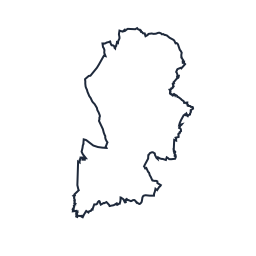 the district of Córdoba, Veracruz, Mexico, rotated 18°
{"feature_id": "50627088B91123516565353", "entity_name": "Córdoba", "entity_type": "district", "adm_level": 2, "iso_a3": "MEX", "parent_name": "Mexico", "parent_adm1": "Veracruz", "projection": "equal_earth", "projection_center": [-96.934, 18.924], "detail": "fine", "context": "isolated", "style": "outline", "palette": "slate", "viewbox_px": 256, "rotation_deg": 18, "n_neighbors": 0, "source": "geoboundaries", "source_scale": "gbopen_adm2", "svg_char_len": 5781}
<svg xmlns="http://www.w3.org/2000/svg" viewBox="0 0 256 256"><g transform="rotate(18 128 128)"><path d="M183.9,89.5L183.6,88.8L183.0,88.1L181.1,88.5L180.7,88.0L180.3,87.9L179.0,88.3L178.1,87.6L177.7,88.1L176.7,86.6L176.6,86.0L176.3,86.1L176.3,85.9L176.0,86.1L175.9,85.7L173.7,86.8L172.8,85.4L171.1,84.8L170.4,84.7L169.5,84.1L166.9,83.2L165.7,82.9L165.4,83.1L164.6,82.2L164.2,82.1L163.1,81.9L162.9,82.6L162.2,81.8L161.2,81.4L160.7,82.0L161.4,82.5L160.7,83.2L160.1,82.7L159.9,83.1L158.3,82.2L157.9,82.6L157.2,82.1L156.9,80.9L157.2,80.9L157.1,80.0L155.7,78.7L156.9,78.0L156.8,77.6L156.9,76.9L157.7,76.6L157.8,76.1L158.0,76.1L158.5,74.4L157.9,74.2L157.9,73.0L157.7,72.7L157.4,72.9L156.9,72.2L157.9,71.1L157.2,70.4L157.7,69.4L158.3,68.1L158.6,67.1L159.6,65.3L158.8,64.3L158.8,64.0L160.3,64.5L160.4,64.2L160.2,62.7L159.3,63.1L157.4,60.5L157.0,60.1L156.5,59.8L156.6,58.7L156.6,58.2L156.7,57.8L156.7,57.1L157.0,56.6L159.6,54.4L160.3,54.8L162.5,49.8L162.4,49.7L162.1,50.0L162.4,49.5L162.0,49.3L161.9,49.6L161.7,49.5L161.7,49.2L161.0,48.5L160.9,48.0L159.9,48.9L159.3,47.5L159.4,47.2L159.5,47.3L159.9,47.0L159.6,46.5L157.8,45.1L157.2,44.2L156.9,44.3L156.1,41.9L155.8,39.8L154.2,38.3L153.1,37.6L149.7,33.1L149.2,32.7L148.0,32.2L147.1,32.8L144.9,30.5L143.5,30.0L139.6,29.3L136.4,28.0L134.4,28.0L134.0,28.2L132.5,27.8L131.3,28.4L130.1,27.8L128.5,27.7L127.4,28.1L125.4,29.7L123.2,30.6L121.3,30.8L118.4,32.2L117.9,33.6L116.3,35.3L115.4,34.1L115.4,33.6L114.9,33.4L114.6,32.9L112.9,33.3L111.8,32.4L110.7,32.6L110.3,32.0L110.2,31.4L109.3,31.5L109.0,30.9L107.7,31.1L106.7,30.8L105.8,30.2L104.4,31.8L97.1,33.8L96.2,34.9L95.2,36.5L94.5,37.0L94.2,36.1L93.0,38.0L89.8,38.0L90.4,41.7L91.8,44.2L92.2,45.6L91.8,48.4L92.2,50.2L91.0,49.9L91.2,50.7L91.2,51.8L91.3,52.2L91.2,52.6L91.3,53.2L91.4,53.6L91.1,53.9L91.0,55.3L91.2,56.3L90.4,55.9L90.0,54.9L89.6,54.5L88.6,54.1L87.7,54.1L87.3,54.4L86.4,54.1L84.7,52.1L84.6,51.6L84.2,51.2L83.3,52.1L81.2,53.4L80.3,54.5L79.3,55.1L79.2,55.0L77.6,55.5L79.2,58.7L80.4,59.7L81.5,61.2L82.2,63.9L84.4,66.6L82.7,66.7L80.7,76.7L79.8,80.4L76.1,89.9L74.6,90.6L72.1,94.7L72.2,95.3L72.9,96.6L73.7,99.1L74.9,101.7L75.6,102.7L77.2,104.4L78.2,106.0L81.4,109.7L83.2,111.0L85.4,113.4L86.5,114.3L88.9,115.6L92.2,118.5L93.3,120.4L95.3,122.3L97.3,124.8L97.7,125.8L97.6,127.1L98.1,128.4L98.2,130.2L104.5,136.9L106.3,139.8L108.0,141.9L108.7,142.5L109.1,143.3L109.3,144.2L110.3,145.7L111.8,147.2L112.9,148.0L112.7,150.0L112.8,150.2L112.5,152.7L113.3,153.1L113.7,153.6L109.7,154.6L105.3,155.4L100.4,155.4L92.2,152.5L91.5,152.4L89.4,152.5L90.4,156.8L90.6,156.9L90.4,158.4L90.9,161.2L91.2,164.9L93.2,167.0L97.4,169.8L96.2,170.2L96.6,171.3L96.3,171.4L96.4,171.6L94.7,172.1L94.7,171.6L94.5,171.4L94.1,170.3L93.8,170.4L93.7,170.2L92.2,170.7L92.5,171.2L92.0,171.7L92.3,172.1L92.2,172.6L92.3,172.8L91.9,173.5L92.3,174.0L92.2,174.7L92.6,175.7L90.9,175.3L97.5,198.0L99.8,201.8L100.4,202.4L97.7,207.4L97.9,207.8L97.6,208.3L97.9,208.2L98.3,208.6L97.8,209.2L98.0,209.2L98.2,210.9L98.6,211.2L98.6,211.8L99.6,212.8L99.3,213.6L99.6,214.1L100.0,214.1L100.2,216.0L100.8,215.9L101.0,216.0L100.6,216.3L100.8,217.0L101.3,216.8L101.4,217.0L100.9,217.2L100.9,218.2L100.5,218.6L100.6,218.9L101.1,219.2L101.2,219.7L101.0,220.3L101.3,221.5L100.8,221.7L101.1,222.2L101.4,222.5L100.7,222.8L101.2,223.6L101.3,224.3L104.4,222.8L104.6,223.5L105.5,223.2L105.2,224.3L105.2,224.7L105.7,224.3L105.9,223.6L106.1,223.8L105.7,225.5L106.0,225.6L106.2,225.9L105.8,226.4L106.1,228.2L107.2,228.3L107.2,227.0L109.6,226.5L111.2,225.8L111.3,226.7L112.5,226.9L112.9,223.9L113.4,221.8L113.6,221.6L113.6,220.7L113.9,219.8L116.5,220.6L116.8,219.2L118.3,218.3L118.6,216.6L119.5,216.6L119.4,215.2L119.5,211.1L121.2,210.6L122.1,209.6L122.2,207.9L122.8,206.6L123.4,206.4L123.9,206.8L124.6,208.0L125.8,209.3L128.0,206.9L128.7,206.8L130.4,205.1L133.7,206.9L134.6,207.9L136.1,207.1L136.4,207.3L136.2,207.0L138.3,205.8L140.6,203.1L141.3,203.8L141.4,203.7L141.0,204.4L141.5,204.4L142.1,203.8L143.0,202.6L143.5,202.5L143.3,199.5L142.4,196.4L143.2,196.4L143.9,196.9L144.5,196.8L145.8,197.3L147.7,199.4L148.2,199.7L148.8,199.2L148.3,198.3L148.4,197.8L148.0,197.4L148.0,196.8L148.7,195.9L149.7,196.6L150.3,196.6L150.6,196.4L153.3,196.7L153.8,196.4L155.1,195.0L156.1,194.6L156.6,194.6L157.1,194.8L159.1,196.2L159.2,195.9L159.7,196.2L161.7,196.7L162.4,196.7L162.8,196.4L163.3,195.6L163.8,194.2L163.7,192.9L163.2,189.6L163.4,188.2L164.1,187.3L165.5,186.5L169.3,185.7L173.6,184.3L173.1,182.4L173.2,180.1L172.9,177.3L174.9,178.1L175.9,174.3L176.6,173.5L176.9,172.2L173.0,171.3L172.4,169.7L171.8,169.6L171.0,169.6L169.2,170.2L167.9,170.2L167.5,170.4L167.2,170.2L164.9,167.6L163.3,166.2L161.8,164.0L160.7,163.5L157.8,160.4L157.2,161.1L156.8,161.2L156.0,160.2L155.1,159.5L155.3,158.8L155.3,158.1L156.6,150.9L155.7,147.5L156.0,147.3L156.3,146.0L156.7,145.0L158.1,143.8L159.1,143.4L161.3,143.9L162.0,145.3L164.4,147.7L165.6,148.2L165.3,147.7L165.5,146.6L167.7,147.1L169.7,147.0L170.5,146.7L173.9,146.7L173.9,143.9L175.2,144.2L176.8,144.9L178.6,144.4L182.3,142.7L182.4,140.7L181.2,140.2L181.8,139.5L181.7,139.1L181.4,138.9L181.0,139.1L179.5,137.0L180.3,137.0L180.4,136.8L180.3,136.1L179.8,135.8L179.3,136.4L179.1,135.7L178.7,135.1L178.4,135.0L178.4,134.7L177.8,134.0L178.0,133.7L175.6,125.0L177.7,125.1L177.0,123.3L176.3,122.5L178.9,120.9L178.5,119.7L177.9,118.8L177.8,117.9L178.7,117.2L178.8,116.5L178.4,116.1L179.4,114.6L178.6,112.8L177.4,112.1L176.6,112.1L176.6,111.1L176.9,110.6L177.2,109.2L177.8,108.6L178.1,107.8L175.8,109.4L175.7,107.2L176.0,104.1L177.0,98.7L177.8,98.0L178.3,98.0L178.1,97.4L178.9,97.1L179.1,96.9L178.8,96.6L179.0,96.1L179.7,96.8L179.5,97.4L180.0,97.6L180.6,97.6L180.8,98.2L181.2,98.3L181.3,97.3L182.8,96.0L182.5,95.1L182.8,94.0L182.8,93.1L182.5,92.1L182.3,92.3L182.1,91.7L183.9,89.5Z" fill="none" stroke="#1e293b" stroke-width="2"/></g></svg>